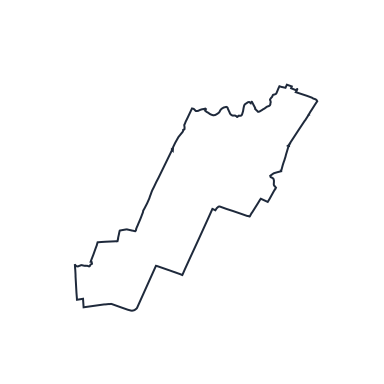 Ganeasa, Ilfov, Romania, rotated 149°
{"feature_id": "2599482B87656672806771", "entity_name": "Ganeasa", "entity_type": "district", "adm_level": 2, "iso_a3": "ROU", "parent_name": "Romania", "parent_adm1": "Ilfov", "projection": "natural_earth1", "projection_center": [26.324, 44.507], "detail": "fine", "context": "isolated", "style": "outline", "palette": "slate", "viewbox_px": 384, "rotation_deg": 149, "n_neighbors": 0, "source": "geoboundaries", "source_scale": "gbopen_adm2", "svg_char_len": 5698}
<svg xmlns="http://www.w3.org/2000/svg" viewBox="0 0 384 384"><g transform="rotate(149 192 192)"><path d="M346.1,158.9L345.7,158.7L340.4,156.6L344.3,149.0L325.7,141.1L324.7,140.6L323.8,140.1L321.4,139.0L320.0,138.2L319.1,137.8L318.9,137.7L318.5,137.3L311.7,129.0L308.7,125.4L307.8,124.3L305.2,121.6L304.2,121.0L302.7,120.5L301.9,120.4L300.8,120.5L300.0,120.6L299.3,120.7L298.3,121.3L260.9,147.3L260.0,146.4L252.4,137.3L243.3,126.3L243.2,126.3L243.4,126.2L243.1,125.8L242.9,125.9L237.4,129.8L226.3,137.4L218.2,142.9L210.0,148.5L191.1,161.5L183.2,167.0L182.9,166.6L181.6,164.6L181.4,164.3L179.1,165.4L176.8,165.8L175.7,165.3L171.4,160.0L167.3,155.3L167.1,155.1L160.8,147.6L157.0,143.0L156.9,142.9L156.7,142.8L156.3,142.6L155.4,141.4L155.2,141.3L154.9,141.4L151.9,143.2L151.7,143.2L150.6,143.7L141.1,148.5L137.7,150.3L136.5,150.8L132.2,144.5L129.5,145.9L129.3,146.0L126.2,147.8L121.0,150.8L120.1,151.2L119.4,151.5L119.5,151.6L117.8,152.5L117.9,153.1L118.2,155.1L118.3,155.2L118.2,155.8L118.1,156.1L117.9,156.5L117.6,157.0L117.0,157.8L116.8,158.2L116.5,158.6L116.1,159.2L115.8,159.8L115.5,160.9L115.4,161.5L115.5,161.8L115.8,162.6L116.0,162.9L116.4,163.5L116.9,164.2L116.8,164.8L116.6,165.6L113.3,165.9L112.2,165.9L111.3,165.7L109.4,165.2L108.3,164.9L104.9,163.9L104.8,164.2L104.7,164.1L104.5,164.4L103.6,165.2L100.6,168.1L99.6,169.0L97.4,170.9L96.6,171.5L95.4,172.6L93.8,174.0L92.1,175.7L87.7,179.7L86.2,181.1L85.7,181.5L85.2,181.8L85.3,181.8L85.1,181.6L85.0,181.8L85.3,182.2L85.2,182.2L85.2,182.3L84.7,182.5L69.0,190.1L58.7,195.0L58.2,195.1L52.8,197.8L52.5,197.9L52.4,197.9L52.5,198.1L50.2,199.2L50.4,199.2L49.4,199.7L46.7,201.0L41.3,203.7L37.9,205.3L37.9,205.8L37.9,206.1L37.9,206.7L38.1,207.3L38.7,208.3L39.9,209.6L40.7,211.2L44.0,215.3L51.6,224.1L51.2,224.3L50.7,224.6L49.6,225.3L48.8,225.9L48.8,226.0L49.2,226.1L49.9,225.9L50.5,225.8L53.6,229.9L53.0,230.4L52.1,231.1L55.4,235.1L58.2,233.2L59.9,234.8L61.3,236.1L62.6,237.6L64.7,236.2L67.1,234.4L68.9,233.1L69.5,232.9L70.0,232.9L70.5,233.0L71.2,233.1L71.4,233.2L72.2,233.5L72.6,233.5L73.1,233.2L74.2,232.4L74.7,232.2L75.1,232.1L75.8,231.9L77.3,231.2L77.6,230.9L77.8,230.2L77.9,229.3L78.2,228.7L78.3,228.4L78.8,228.0L79.2,227.5L79.6,226.9L80.4,226.3L81.1,226.1L81.9,226.1L82.7,226.3L83.9,226.5L84.4,226.5L84.8,226.4L86.0,226.3L86.9,226.2L88.8,226.3L89.4,226.2L90.2,226.2L91.8,226.2L92.3,226.2L92.9,226.3L93.1,226.3L93.4,226.4L93.9,226.6L94.2,226.9L94.3,227.7L94.4,228.2L94.7,229.0L94.8,229.6L94.8,229.9L95.0,230.3L95.1,230.8L94.6,231.5L94.2,238.4L94.4,238.6L95.0,238.4L95.8,238.2L96.0,238.0L96.4,239.2L96.5,239.5L97.1,239.9L97.7,240.1L98.0,240.1L98.6,240.1L98.9,240.1L99.3,240.0L99.6,240.0L100.4,240.0L100.8,240.0L101.4,239.9L101.8,239.8L102.1,239.6L102.4,239.5L102.8,239.2L103.3,238.7L103.9,238.1L104.9,237.0L105.4,236.4L106.1,235.6L106.3,235.3L106.7,234.9L107.0,234.6L107.5,234.2L107.8,233.9L108.7,233.1L109.3,232.6L109.9,232.3L110.3,232.2L110.5,232.3L110.9,232.3L111.4,232.5L111.8,232.7L112.1,232.9L112.3,233.1L112.4,233.3L112.5,233.3L112.8,233.3L113.0,233.3L113.9,233.1L114.3,233.0L114.5,233.0L114.8,233.3L114.7,233.9L114.8,234.0L115.0,234.2L115.4,234.8L115.5,235.1L115.9,235.5L116.1,235.6L117.7,236.5L118.1,236.9L118.5,237.7L118.8,238.3L118.9,238.7L119.0,239.8L118.8,240.9L118.8,241.0L118.7,241.7L118.6,242.9L118.5,243.6L118.4,244.8L118.1,246.0L118.4,246.9L118.8,247.3L121.4,248.1L122.2,248.1L123.2,248.1L124.1,248.0L125.1,247.7L126.0,247.3L126.2,247.1L127.6,246.3L128.0,246.2L128.8,246.1L129.6,246.0L130.6,246.0L131.7,246.0L132.7,246.1L132.9,246.2L133.3,246.4L133.8,246.6L134.3,246.8L134.6,247.2L135.1,247.7L135.4,248.1L135.9,248.7L136.0,249.0L136.4,249.5L136.7,250.1L136.9,250.7L137.2,251.4L137.6,252.1L138.2,253.1L138.5,253.9L138.8,254.8L138.6,254.8L138.4,254.9L138.1,255.6L137.4,255.9L137.6,256.6L138.2,256.8L138.9,257.0L141.0,257.8L142.7,258.2L145.0,258.4L146.3,259.0L147.1,259.6L147.5,261.7L147.7,262.2L148.2,262.9L148.9,263.5L149.0,263.6L158.0,257.6L159.7,256.5L161.0,255.7L162.9,254.2L163.9,253.6L164.1,253.4L164.3,253.1L164.5,252.6L164.8,251.9L165.0,251.5L165.1,251.2L166.0,249.8L166.8,249.7L167.2,249.8L167.3,249.8L167.5,249.8L167.6,249.4L167.8,249.4L168.6,248.6L169.9,248.0L170.1,248.0L175.3,246.1L180.4,243.2L181.1,242.8L185.2,240.1L187.2,237.3L187.5,238.6L187.9,238.0L213.3,221.5L217.4,219.0L222.2,215.8L225.1,214.0L225.5,213.7L226.7,212.8L228.5,211.3L230.3,209.9L231.2,209.1L231.9,208.5L232.6,208.0L236.3,205.4L241.5,202.2L242.8,201.5L243.2,201.2L243.6,201.0L243.9,200.6L244.1,200.3L244.3,200.1L244.6,199.8L246.8,198.1L248.8,196.5L249.6,195.9L250.8,195.0L251.9,194.2L255.1,191.9L255.7,191.4L257.2,190.4L258.5,189.4L258.8,189.2L259.0,188.9L259.3,188.6L259.6,188.2L260.3,187.8L260.5,187.7L260.8,187.6L261.2,187.9L262.7,189.4L263.3,189.8L263.7,190.3L265.1,191.6L265.9,192.4L266.6,193.0L266.9,193.4L267.4,193.7L267.8,193.9L268.2,194.0L268.9,194.3L269.9,194.7L270.5,194.9L271.2,195.2L272.1,195.5L273.3,196.0L273.6,196.1L273.8,196.1L274.1,195.9L275.9,194.0L276.4,193.4L277.1,192.7L278.7,191.0L279.3,190.3L279.8,189.7L280.8,188.7L280.7,188.7L281.2,188.2L290.8,193.4L294.6,195.4L298.8,197.5L299.8,196.6L300.5,196.0L300.9,195.5L303.7,193.3L308.8,189.1L309.6,188.5L312.7,186.1L314.8,184.4L314.1,183.8L314.4,182.8L314.7,182.0L315.7,182.0L316.4,182.0L316.8,181.8L317.7,181.2L318.2,181.1L318.8,181.5L319.4,182.3L320.1,182.9L320.8,183.3L321.1,183.6L321.6,183.7L322.1,184.1L323.1,185.0L324.1,186.0L324.7,186.4L325.7,186.5L326.4,186.7L326.9,186.8L327.6,186.8L328.5,187.2L328.7,187.3L329.0,187.6L329.3,188.1L329.5,188.6L329.7,189.3L329.7,190.0L329.6,190.5L330.5,188.7L331.4,187.0L332.1,185.5L333.2,183.4L334.7,180.6L335.2,179.8L342.9,165.2L343.4,164.2L344.6,161.8L345.5,160.0L346.1,158.9Z" fill="none" stroke="#1e293b" stroke-width="2"/></g></svg>